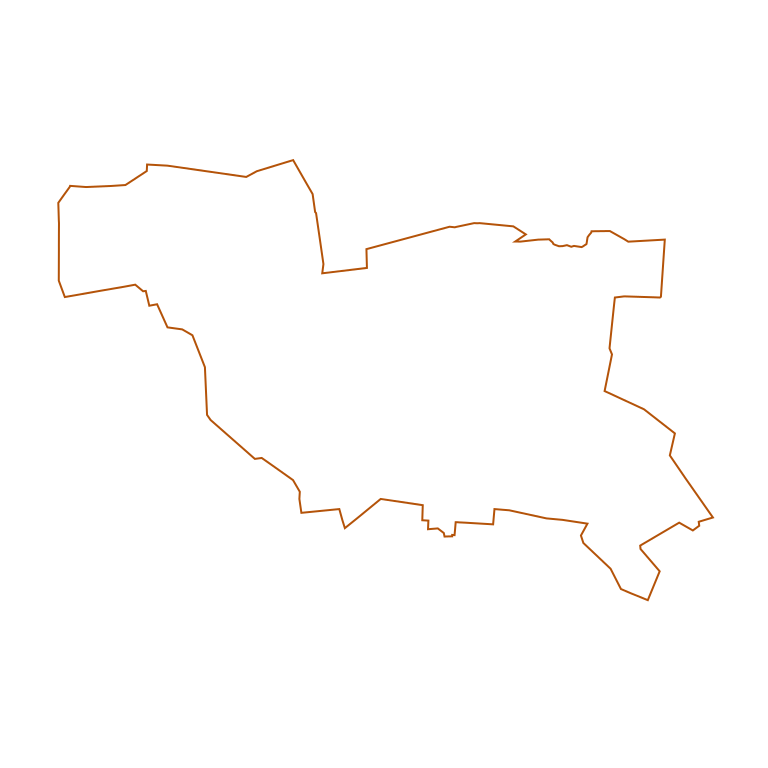 Huachinera, Sonora, Mexico, rotated 173°
{"feature_id": "50627088B33572074725870", "entity_name": "Huachinera", "entity_type": "district", "adm_level": 2, "iso_a3": "MEX", "parent_name": "Mexico", "parent_adm1": "Sonora", "projection": "orthographic", "projection_center": [-108.938, 30.144], "detail": "fine", "context": "isolated", "style": "outline", "palette": "amber", "viewbox_px": 768, "rotation_deg": 173, "n_neighbors": 0, "source": "geoboundaries", "source_scale": "gbopen_adm2", "svg_char_len": 2030}
<svg xmlns="http://www.w3.org/2000/svg" viewBox="0 0 768 768"><g transform="rotate(173 384 384)"><path d="M690.2,509.2L653.6,511.1L630.4,512.2L618.8,512.9L611.8,505.4L609.1,505.4L607.4,490.3L599.5,490.8L592.0,466.6L577.6,462.8L568.2,455.7L559.7,422.5L563.4,374.9L560.5,369.4L521.3,325.4L514.4,325.5L507.3,319.1L486.0,299.7L480.7,287.3L482.0,280.2L481.7,266.2L443.6,265.3L441.9,253.9L440.4,245.7L427.2,253.9L401.3,270.3L360.3,259.0L362.6,244.1L356.6,243.0L358.0,234.5L348.2,234.1L342.8,228.8L342.5,225.2L340.0,225.0L334.9,224.5L334.7,225.9L332.4,225.4L331.1,231.4L329.7,238.1L328.2,237.9L326.3,237.5L320.5,236.5L292.8,231.4L289.6,246.4L281.0,244.6L275.1,243.4L239.1,230.8L223.4,227.4L199.1,220.6L207.0,209.6L205.5,201.9L181.6,173.0L173.8,151.6L164.5,146.2L148.5,137.3L133.2,164.5L149.5,189.0L149.4,192.4L107.9,210.4L105.5,208.6L95.3,201.0L88.4,204.9L88.4,208.9L73.8,211.4L96.3,253.7L109.0,278.3L101.3,299.5L116.5,314.7L129.0,327.2L145.6,337.5L154.1,342.8L165.9,350.1L161.1,364.5L154.1,385.6L155.7,391.4L155.8,392.0L149.8,418.1L145.9,435.0L144.3,441.7L143.7,441.7L137.7,441.7L134.9,441.7L105.8,437.2L99.6,436.2L98.5,436.9L87.7,493.1L124.2,495.5L127.9,498.5L141.2,508.3L159.4,510.3L159.9,509.0L162.4,506.7L164.1,504.8L165.5,499.8L165.7,499.1L166.1,498.1L167.7,497.4L169.6,496.4L170.9,495.9L171.1,495.8L178.6,497.9L181.4,497.4L185.5,499.5L190.0,499.1L193.5,499.4L196.9,501.1L197.5,501.4L198.8,502.3L199.4,504.0L201.3,506.1L202.4,507.5L213.4,508.5L231.0,508.7L236.4,509.4L225.0,515.2L236.4,524.7L269.4,532.0L272.0,532.2L274.9,532.7L293.3,531.1L294.6,530.9L299.7,532.1L385.0,520.0L386.8,501.3L431.8,501.4L429.5,510.4L430.0,534.4L430.6,561.6L430.6,561.9L431.4,563.1L431.7,581.2L437.3,594.4L446.9,617.3L484.3,610.7L495.5,606.3L572.3,627.1L585.1,629.4L592.4,630.7L593.5,624.3L616.4,613.0L630.7,613.8L655.7,615.8L671.4,618.9L671.6,618.4L672.2,617.6L678.8,610.5L685.2,603.5L685.8,596.8L686.8,586.1L687.0,583.2L688.6,570.8L688.6,570.7L689.8,561.2L690.3,557.0L694.2,526.2L690.2,509.2Z" fill="none" stroke="#b45309" stroke-width="2"/></g></svg>